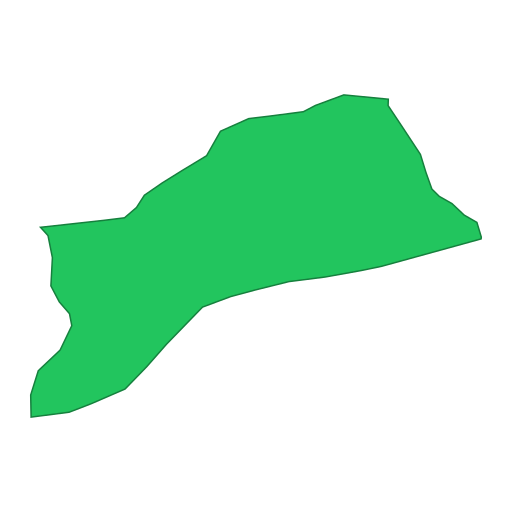 Sabha, Mercator projection
{"feature_id": "LBY-2971", "entity_name": "Sabha", "entity_type": "Municipality", "adm_level": 1, "iso_a3": "LBY", "parent_name": "Libya", "parent_adm1": "", "projection": "mercator", "projection_center": [14.98, 26.993], "detail": "fine", "context": "isolated", "style": "filled", "palette": "green", "viewbox_px": 512, "rotation_deg": 0, "n_neighbors": 0, "source": "natural_earth", "source_scale": "10m", "svg_char_len": 727}
<svg xmlns="http://www.w3.org/2000/svg" viewBox="0 0 512 512"><path d="M388.3,99.2L388.1,105.6L402.1,126.6L420.4,154.4L425.9,172.3L431.9,189.1L439.3,196.4L452.0,203.6L464.2,215.1L476.9,222.4L481.3,237.1L481.1,238.9L381.6,266.3L361.4,270.5L325.2,277.0L288.9,281.6L254.7,290.1L230.6,296.6L202.5,307.1L186.6,323.5L166.7,344.0L146.9,366.5L125.1,389.0L91.2,403.7L69.2,412.2L31.1,417.1L31.1,416.7L30.7,395.0L38.3,370.7L60.1,350.1L71.8,325.7L69.5,313.7L59.3,301.9L50.9,285.9L52.4,257.7L48.0,235.6L40.5,227.3L104.3,220.3L124.5,217.8L136.5,207.5L144.4,195.2L162.4,182.8L182.5,170.3L206.6,155.7L220.5,131.2L248.7,118.6L268.9,116.2L303.4,111.7L315.5,105.4L343.8,94.9L388.3,99.2Z" fill="#22c55e" stroke="#15803d" stroke-width="1.5"/></svg>